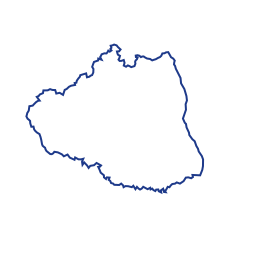 the district of Barros Cassal, Rio Grande do Sul, Brazil, rotated 142°
{"feature_id": "56859067B19598625391964", "entity_name": "Barros Cassal", "entity_type": "district", "adm_level": 2, "iso_a3": "BRA", "parent_name": "Brazil", "parent_adm1": "Rio Grande do Sul", "projection": "albers", "projection_center": [-52.583, -29.1], "detail": "fine", "context": "isolated", "style": "outline", "palette": "blue", "viewbox_px": 256, "rotation_deg": 142, "n_neighbors": 0, "source": "geoboundaries", "source_scale": "gbopen_adm2", "svg_char_len": 2871}
<svg xmlns="http://www.w3.org/2000/svg" viewBox="0 0 256 256"><g transform="rotate(142 128 128)"><path d="M173.8,91.7L170.0,88.5L167.6,88.4L167.2,85.8L167.9,84.1L165.8,83.8L163.7,82.0L161.4,79.0L159.4,79.2L159.8,75.2L157.2,76.1L157.0,73.9L156.4,72.1L154.5,71.8L152.2,72.3L150.2,67.7L147.3,67.2L148.0,65.7L146.2,65.3L146.2,63.5L145.3,61.5L143.7,62.1L142.0,60.9L142.7,59.2L141.5,56.8L140.6,58.6L137.7,58.5L139.0,55.4L137.8,54.2L137.6,55.9L136.1,55.8L132.9,57.2L131.8,55.8L129.8,56.4L127.6,56.6L125.2,55.2L123.1,55.1L121.3,52.2L116.9,51.9L113.0,53.3L110.9,52.0L109.1,49.5L107.0,49.4L106.1,51.3L100.3,46.3L95.2,49.3L92.4,51.8L88.2,57.0L87.1,60.4L86.7,66.0L85.6,68.6L85.2,71.8L83.6,76.5L84.2,79.6L84.0,84.7L82.8,86.8L81.5,92.4L79.8,95.5L80.0,97.2L78.9,101.6L71.1,106.7L67.9,111.3L64.6,113.4L62.3,117.2L59.6,124.0L58.7,130.5L55.8,135.1L53.8,145.3L52.7,147.9L52.6,149.8L51.0,151.4L49.7,152.3L49.6,154.8L50.5,157.3L50.2,159.1L49.6,163.0L51.5,164.2L53.2,164.4L55.0,165.6L57.3,164.4L59.2,164.2L60.9,164.7L63.8,165.1L65.8,165.9L67.3,166.4L68.1,168.8L70.2,171.0L71.1,173.0L71.6,174.7L72.8,175.6L74.2,175.9L74.5,177.9L75.7,179.5L77.3,180.3L78.1,179.0L77.1,177.6L78.6,176.7L80.5,176.5L81.7,175.7L82.6,174.1L84.8,172.8L86.4,173.4L88.0,174.0L88.6,175.6L89.6,177.4L91.8,177.5L92.9,179.8L90.6,181.5L89.5,184.2L91.9,185.0L93.3,186.0L93.4,187.7L91.8,188.4L89.9,189.8L90.8,192.0L90.3,193.5L89.6,195.1L87.8,193.9L85.5,194.5L85.8,196.1L86.1,198.0L86.1,200.1L87.6,202.3L89.4,202.7L91.0,203.5L91.7,201.4L93.3,201.1L93.3,199.3L95.4,199.4L95.9,201.1L97.4,200.4L99.0,200.0L100.7,201.4L103.4,202.3L104.7,201.6L106.3,201.0L106.8,198.1L108.7,201.0L110.0,199.6L114.1,201.0L115.8,200.0L118.6,198.2L118.9,195.8L121.2,193.1L123.7,191.8L125.4,192.3L126.8,192.2L129.1,193.2L127.4,196.8L133.1,199.0L134.4,198.0L136.6,197.6L139.2,196.8L140.8,195.5L142.3,196.3L143.2,194.5L146.7,196.3L149.1,196.8L152.3,196.5L154.4,197.0L158.8,194.1L160.2,197.8L163.3,199.3L162.0,202.7L164.2,204.6L165.5,206.6L168.1,207.1L171.5,209.7L173.6,207.8L176.8,208.7L178.7,208.2L180.7,208.7L180.8,204.0L182.1,204.8L184.4,205.0L187.7,204.6L189.3,204.3L192.3,205.9L195.5,202.8L198.2,201.8L199.4,200.8L200.9,199.7L201.4,197.2L201.0,195.5L200.8,193.9L202.1,191.9L203.4,188.5L201.6,187.3L202.8,184.7L202.9,183.1L202.6,180.7L201.5,177.7L202.5,174.7L203.7,172.0L204.9,169.7L205.7,168.2L206.2,166.6L205.9,165.0L205.5,163.5L206.2,161.7L206.4,160.0L205.3,155.3L204.1,154.3L202.5,154.1L200.7,154.6L198.3,152.0L196.3,147.9L196.0,145.2L192.0,144.3L192.1,140.5L189.7,135.9L187.8,137.3L186.3,133.8L184.3,132.2L182.2,131.3L185.0,129.7L186.5,127.0L183.7,127.9L183.3,123.5L183.6,120.8L181.0,121.4L177.7,119.6L174.3,119.8L172.3,115.1L173.8,114.8L175.4,115.7L176.1,112.6L177.0,109.6L176.1,105.6L177.3,103.9L176.7,101.3L175.1,102.1L173.1,100.3L175.1,99.0L174.6,97.2L175.2,95.0L174.0,93.5L173.8,91.7Z" fill="none" stroke="#1e3a8a" stroke-width="2"/></g></svg>